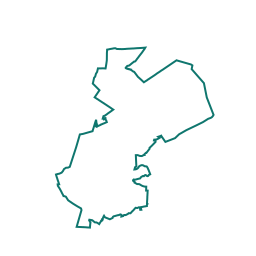 San José Chiltepec, Oaxaca, Mexico, rotated 246°
{"feature_id": "50627088B5602491796839", "entity_name": "San José Chiltepec", "entity_type": "district", "adm_level": 2, "iso_a3": "MEX", "parent_name": "Mexico", "parent_adm1": "Oaxaca", "projection": "orthographic", "projection_center": [-96.132, 17.914], "detail": "fine", "context": "isolated", "style": "outline", "palette": "teal", "viewbox_px": 256, "rotation_deg": 246, "n_neighbors": 0, "source": "geoboundaries", "source_scale": "gbopen_adm2", "svg_char_len": 5478}
<svg xmlns="http://www.w3.org/2000/svg" viewBox="0 0 256 256"><g transform="rotate(246 128 128)"><path d="M204.7,150.0L206.0,148.9L206.5,147.6L206.9,145.8L207.5,143.5L207.6,142.8L208.1,140.8L207.5,140.5L207.4,140.5L207.0,140.3L206.9,140.2L206.7,140.1L205.6,139.5L204.8,139.1L203.9,138.7L198.7,136.3L198.0,135.9L195.6,134.4L193.0,132.7L191.9,132.0L191.5,131.7L192.6,129.6L193.4,127.7L193.8,126.8L194.2,125.9L194.7,124.8L191.8,122.6L190.6,120.8L188.3,118.9L188.0,118.2L187.7,117.5L183.5,114.4L182.9,113.9L174.1,117.3L169.6,110.0L153.9,120.1L151.9,121.3L150.8,122.0L150.0,118.3L149.5,115.6L149.1,114.1L148.8,112.4L148.7,112.1L148.8,110.4L147.4,109.2L147.4,109.3L146.6,109.0L146.3,109.1L146.2,109.3L145.9,109.2L145.7,109.3L145.8,109.7L146.3,110.0L146.2,110.4L146.5,111.2L146.2,111.4L146.0,110.9L145.8,110.7L145.6,110.7L144.5,110.9L144.0,111.2L142.6,111.1L142.4,111.0L142.0,111.0L142.0,109.5L142.0,108.7L142.0,108.3L142.0,108.0L142.1,107.1L142.1,106.9L142.0,106.4L142.1,105.8L142.1,105.7L142.1,105.1L142.2,104.9L142.0,104.3L142.0,104.0L142.0,101.2L141.9,100.2L142.0,99.7L142.4,99.7L142.6,99.5L142.8,99.7L142.6,99.8L142.8,99.9L142.7,100.1L143.2,100.4L143.1,100.7L143.3,100.7L143.3,101.0L143.6,101.0L143.7,100.7L143.9,100.9L144.1,101.0L144.2,100.8L144.2,101.0L144.6,101.0L148.5,102.2L146.5,100.4L141.9,96.4L141.7,96.2L140.8,95.4L139.5,94.3L140.1,90.3L140.9,84.6L141.6,81.8L141.7,81.4L136.7,77.2L131.4,72.7L116.2,59.0L116.2,57.1L116.9,55.2L116.5,52.8L115.2,51.2L114.2,49.2L114.2,46.6L114.5,45.5L114.8,43.3L114.2,43.2L111.9,42.9L111.5,42.9L111.4,42.9L108.9,42.6L107.5,42.5L106.7,42.4L104.6,42.2L105.1,40.8L103.7,40.4L100.6,40.9L99.5,41.0L99.4,41.0L98.2,41.1L97.9,41.1L97.0,41.2L96.9,41.2L95.7,41.2L94.6,41.3L93.4,41.4L92.2,41.4L92.2,41.5L90.5,43.3L86.3,43.9L81.1,47.1L77.0,49.9L75.4,51.1L73.6,52.4L71.9,52.1L58.6,40.9L55.9,46.2L55.6,46.8L55.5,47.1L55.4,47.2L54.4,49.2L54.1,49.7L53.6,50.6L53.1,51.6L52.5,52.7L55.9,54.6L56.0,54.7L57.2,55.4L57.4,55.2L57.5,55.2L58.1,55.0L58.7,55.2L59.2,55.0L59.7,55.2L59.8,55.1L60.4,54.7L58.4,57.7L58.1,57.9L57.8,58.1L55.3,59.3L54.6,60.7L53.5,61.7L52.7,62.1L51.9,62.6L52.3,63.1L52.5,63.4L53.7,65.2L53.8,65.3L53.8,65.5L54.1,65.6L54.2,65.9L54.0,66.9L54.2,67.1L54.6,67.6L55.3,67.3L55.6,68.1L55.9,68.5L56.4,68.9L56.7,69.3L57.0,69.6L57.2,69.8L57.6,70.4L55.8,70.6L52.0,74.3L52.1,77.3L52.3,77.4L52.6,77.7L53.0,78.3L53.1,78.9L53.1,79.4L52.9,80.0L52.9,80.3L52.5,83.1L52.2,84.1L52.2,85.4L52.2,85.8L51.7,86.4L51.0,86.5L49.8,85.9L49.6,87.4L50.2,87.3L50.1,88.4L50.0,89.3L49.4,90.5L49.5,92.0L49.5,92.8L49.9,93.9L49.1,95.6L50.3,98.3L50.5,99.1L51.8,101.9L52.0,102.6L51.6,103.1L51.4,103.5L51.1,104.0L51.1,104.7L51.2,105.4L51.0,105.9L50.6,106.4L50.4,106.4L50.0,106.4L48.3,105.9L47.9,106.9L50.5,107.4L50.1,108.9L49.7,110.9L49.3,112.2L49.3,112.4L49.0,113.5L49.5,113.7L50.1,114.1L50.3,114.4L50.4,114.6L50.6,114.7L50.8,114.9L51.2,114.6L51.8,114.9L53.8,115.9L54.5,116.3L55.3,116.7L56.1,117.1L56.9,117.5L57.6,117.8L58.3,118.2L59.9,119.0L60.6,119.4L61.3,119.7L62.8,120.5L63.5,119.1L64.1,119.4L64.9,119.8L66.4,120.5L66.6,120.6L67.0,120.8L67.4,120.0L67.7,119.4L68.5,118.4L68.8,118.1L68.9,117.9L69.2,117.6L71.2,116.1L71.6,115.9L71.9,115.7L72.0,115.6L72.5,114.8L73.1,113.5L75.4,111.8L75.8,112.2L76.6,111.8L77.2,111.4L77.7,111.2L78.1,111.3L78.3,111.5L78.5,111.8L78.6,112.4L78.2,112.6L77.8,113.9L77.6,115.3L77.4,116.6L77.2,117.6L77.0,118.5L77.3,119.1L77.7,119.6L77.9,120.3L78.0,121.1L78.1,122.0L77.9,122.5L77.6,122.7L77.5,122.9L77.7,123.3L77.9,123.9L78.0,124.6L77.8,125.0L77.5,125.3L76.8,125.5L76.5,125.8L76.1,126.2L76.0,126.7L76.1,127.1L76.4,127.5L76.6,127.7L76.7,128.2L76.7,128.3L76.6,128.7L76.7,129.5L81.1,129.7L83.6,129.7L85.1,129.5L85.8,128.7L86.0,128.0L86.6,127.4L87.5,126.9L88.4,125.7L88.6,124.6L88.6,123.7L88.5,122.7L88.2,122.2L87.6,121.4L87.2,120.3L87.0,119.1L87.2,117.9L87.5,117.0L89.3,118.5L89.4,119.2L89.5,120.0L100.0,124.1L99.5,125.4L99.1,126.0L97.7,127.4L96.8,129.1L96.7,130.0L96.9,130.5L96.9,130.9L96.7,131.9L97.1,131.8L97.3,132.3L98.0,134.2L98.1,134.8L97.9,134.9L100.3,139.3L101.1,139.6L102.0,142.2L104.1,147.5L105.4,148.1L106.1,146.7L106.7,147.2L106.0,149.1L105.9,150.5L106.2,153.0L107.7,152.1L107.5,154.0L107.5,155.2L107.0,155.2L100.1,156.5L99.9,160.4L99.6,166.9L101.5,172.2L101.7,174.6L102.3,180.4L102.6,191.4L102.9,198.9L103.6,203.7L103.8,205.1L103.7,206.0L103.6,207.7L103.7,208.5L103.8,209.1L104.4,210.4L105.2,211.5L123.9,212.4L138.1,215.6L155.9,210.1L159.0,212.3L160.4,211.4L169.7,200.3L170.1,199.9L167.3,184.2L167.2,183.8L166.9,181.5L166.8,181.2L166.4,179.0L166.1,177.0L165.8,175.6L165.7,175.3L165.5,174.1L165.3,173.1L165.1,171.8L164.9,170.9L164.9,170.6L164.4,167.7L164.3,167.1L164.2,166.7L164.2,166.2L164.1,165.8L164.0,165.3L163.9,164.9L163.8,164.5L163.7,163.5L163.6,162.8L163.3,161.1L164.0,160.8L166.9,159.6L167.3,159.4L169.6,158.4L169.8,158.3L170.6,157.9L176.3,156.6L176.9,156.4L177.5,155.7L178.5,155.2L180.3,154.0L181.1,153.0L181.1,153.3L182.0,152.2L183.2,150.6L183.7,150.3L184.0,150.4L185.0,152.6L184.6,154.4L184.6,154.6L185.6,158.2L185.8,159.1L186.2,160.5L185.9,161.2L186.0,161.4L186.2,162.3L186.8,163.3L187.0,163.7L187.1,163.9L187.3,164.1L187.7,164.9L188.5,166.4L189.1,167.4L189.5,168.2L190.0,169.1L191.0,171.0L191.2,171.4L191.5,171.9L192.3,173.2L192.6,173.8L192.9,174.2L193.0,174.4L193.4,175.1L193.5,175.3L193.9,175.8L194.4,176.5L194.9,175.0L195.4,173.6L195.8,172.5L196.1,171.7L196.9,169.6L197.3,168.6L198.4,165.4L198.9,164.2L199.5,162.6L200.2,160.8L200.8,159.2L201.4,157.4L202.5,154.6L204.7,150.0Z" fill="none" stroke="#0f766e" stroke-width="2"/></g></svg>